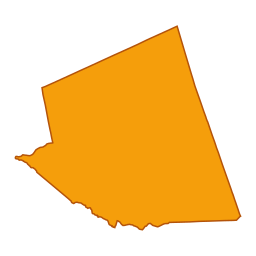 the district of Igembe North, Eastern, Kenya
{"feature_id": "3690345B95296214722814", "entity_name": "Igembe North", "entity_type": "district", "adm_level": 2, "iso_a3": "KEN", "parent_name": "Kenya", "parent_adm1": "Eastern", "projection": "mercator", "projection_center": [37.925, 0.489], "detail": "fine", "context": "isolated", "style": "filled", "palette": "amber", "viewbox_px": 256, "rotation_deg": 0, "n_neighbors": 0, "source": "geoboundaries", "source_scale": "gbopen_adm2", "svg_char_len": 4245}
<svg xmlns="http://www.w3.org/2000/svg" viewBox="0 0 256 256"><path d="M240.6,216.2L239.7,214.4L238.8,211.8L238.3,210.2L237.6,208.2L235.5,202.0L235.1,200.9L234.9,200.4L233.2,195.2L233.0,194.6L232.1,192.4L231.1,189.3L222.2,164.1L218.3,152.5L216.3,147.2L216.0,146.1L215.7,145.2L214.6,141.9L212.0,134.7L209.5,127.3L207.7,121.9L207.2,121.0L206.8,119.9L206.4,118.9L205.8,116.9L203.8,111.5L202.0,106.2L200.6,102.1L196.1,89.4L194.9,86.0L193.3,80.5L192.8,78.7L191.6,74.9L186.7,58.5L184.9,52.5L182.6,44.7L181.4,40.7L179.4,33.9L177.1,26.2L166.0,31.3L150.5,38.3L149.8,38.6L148.8,39.1L146.8,40.0L142.9,41.9L137.3,44.6L116.1,54.2L114.7,54.8L102.3,60.5L86.6,67.7L80.4,70.5L73.7,73.6L53.5,82.8L47.9,85.3L45.3,86.5L42.0,87.7L43.0,94.6L45.3,105.0L48.4,121.7L49.8,128.6L50.2,130.5L50.6,132.1L51.7,137.9L52.8,142.8L52.3,143.0L51.9,143.0L51.4,143.1L50.7,143.1L49.8,143.3L49.4,143.3L48.7,143.4L47.4,143.8L46.8,144.0L46.5,144.3L45.6,145.5L45.0,145.8L44.5,146.0L43.6,146.7L42.9,147.0L42.2,147.2L41.0,147.3L40.3,147.4L39.8,147.6L37.9,148.6L37.3,149.0L36.6,149.4L36.1,149.7L35.7,150.2L35.3,150.8L35.0,151.2L34.5,152.0L34.1,152.6L33.6,153.2L33.3,153.6L32.7,154.3L31.9,154.8L31.3,155.1L30.9,155.3L30.2,155.6L29.4,155.7L28.7,155.6L27.6,155.5L26.8,155.3L25.6,155.2L24.8,155.1L24.0,155.0L23.5,154.9L23.0,154.8L22.6,154.9L22.1,155.4L21.7,155.8L21.4,156.1L21.0,156.3L20.5,156.4L20.1,156.5L19.7,156.6L19.2,156.7L18.7,156.8L17.9,156.7L17.3,156.5L16.7,156.4L16.1,156.4L15.7,156.8L15.4,157.3L15.4,158.2L15.8,158.7L16.2,158.8L16.9,158.9L17.7,159.0L18.3,159.2L18.8,159.6L19.1,160.1L19.8,160.1L20.5,160.0L21.1,160.0L21.6,160.1L22.1,160.4L22.5,160.5L23.1,160.7L23.4,161.3L24.2,161.5L24.7,161.9L25.2,162.3L25.8,162.4L26.2,162.5L26.7,162.8L27.4,163.5L27.6,164.1L28.0,164.4L28.4,164.8L28.8,165.1L29.1,165.5L29.5,165.9L30.1,166.3L30.4,166.9L30.8,167.4L31.3,167.7L31.8,167.6L32.4,167.7L33.0,167.7L33.4,167.9L33.8,168.3L34.5,168.8L35.1,169.2L35.5,169.8L35.8,170.2L36.4,170.5L36.5,171.2L36.7,171.7L36.9,172.3L68.2,198.5L70.1,200.2L70.7,200.7L71.1,201.0L71.4,202.0L71.8,202.6L72.3,202.8L72.8,203.1L73.3,203.4L73.7,203.5L74.3,203.2L74.9,202.6L75.7,202.4L76.3,202.3L77.0,202.2L77.6,202.4L78.2,202.6L78.6,202.7L79.5,202.8L80.2,202.9L80.9,203.0L81.6,203.4L82.3,204.0L82.8,204.3L83.4,204.7L83.8,205.0L84.4,205.2L85.0,205.2L85.5,205.4L85.5,205.8L85.5,206.3L85.6,206.7L85.9,207.1L86.6,207.4L87.1,207.8L87.5,207.9L87.8,208.3L88.3,208.1L88.9,207.9L89.4,207.8L89.8,207.7L90.4,207.9L90.6,208.8L90.9,209.1L91.3,209.3L91.6,209.9L91.9,210.7L91.9,211.3L92.1,211.7L92.1,212.5L92.2,213.1L92.6,213.5L93.1,213.8L93.6,213.7L94.1,213.9L94.5,214.3L94.8,214.8L95.4,215.0L96.1,215.2L96.5,215.6L96.9,215.5L97.3,215.3L97.7,215.6L97.9,216.0L97.8,216.6L98.0,217.1L98.6,217.1L99.2,216.9L99.8,216.8L100.5,216.9L101.1,217.1L101.6,217.3L102.1,217.6L102.5,217.9L103.0,218.3L103.4,218.6L103.8,218.8L104.2,218.8L104.7,219.1L105.3,219.5L105.7,219.7L106.3,219.9L107.0,220.1L107.5,220.4L107.9,221.0L108.2,221.6L108.3,222.1L108.6,222.8L108.8,223.5L109.0,224.0L109.2,224.5L109.6,224.8L110.0,225.0L110.6,225.2L111.1,225.6L111.9,225.7L111.7,226.2L112.2,226.7L112.8,226.8L113.3,227.2L113.7,227.0L114.1,227.4L114.8,227.6L115.0,226.9L115.1,226.2L115.6,225.8L115.8,225.4L117.2,220.7L117.8,220.8L118.2,221.0L118.7,221.5L119.6,221.8L120.0,222.3L120.4,222.8L120.8,223.4L121.2,223.9L121.7,224.5L122.2,224.9L122.7,225.2L123.0,225.5L123.9,225.4L124.5,225.4L125.0,225.3L125.6,225.1L126.0,225.0L126.5,224.9L127.2,224.8L127.8,224.5L128.4,224.5L129.1,224.5L129.5,224.3L130.1,224.4L130.7,224.7L131.2,224.8L131.9,224.8L132.7,224.9L133.1,225.3L133.5,225.7L134.3,225.9L134.9,226.1L135.7,226.4L136.3,226.7L136.9,226.9L137.4,227.2L138.0,227.7L138.3,228.0L138.7,228.5L139.4,229.1L140.0,229.3L140.4,229.4L141.3,229.5L142.3,229.8L142.8,229.4L143.3,228.8L144.3,227.5L144.8,226.8L145.1,226.3L145.6,226.2L146.4,226.1L147.0,225.3L147.4,224.9L148.4,223.7L148.9,223.6L149.5,223.5L150.3,223.4L152.8,225.4L157.1,226.7L157.6,226.8L158.1,226.7L158.6,226.5L161.9,224.9L162.6,224.5L163.1,224.3L163.9,223.9L164.5,223.8L165.1,223.6L165.7,223.6L168.0,223.5L169.6,222.3L170.2,222.4L173.4,222.3L178.1,222.2L189.5,221.9L199.0,221.4L201.6,221.3L209.1,221.1L224.0,220.6L232.9,220.4L236.5,220.2L239.9,216.6L240.6,216.2Z" fill="#f59e0b" stroke="#b45309" stroke-width="1.5"/></svg>